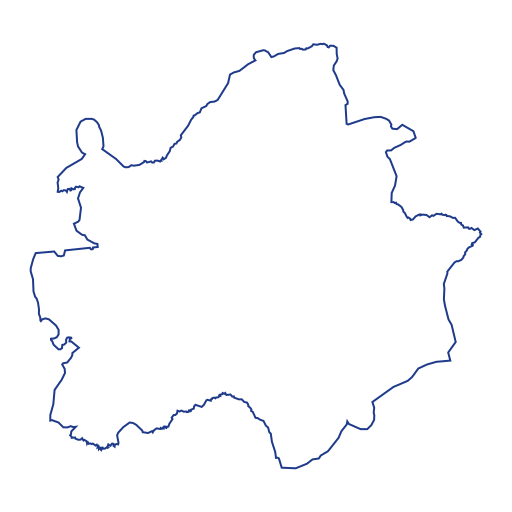 Wa Municipal, Upper West, Ghana (Natural Earth projection)
{"feature_id": "2480657B26357719954092", "entity_name": "Wa Municipal", "entity_type": "district", "adm_level": 2, "iso_a3": "GHA", "parent_name": "Ghana", "parent_adm1": "Upper West", "projection": "natural_earth1", "projection_center": [-2.475, 10.039], "detail": "fine", "context": "isolated", "style": "outline", "palette": "blue", "viewbox_px": 512, "rotation_deg": 0, "n_neighbors": 0, "source": "geoboundaries", "source_scale": "gbopen_adm2", "svg_char_len": 5916}
<svg xmlns="http://www.w3.org/2000/svg" viewBox="0 0 512 512"><path d="M336.6,47.7L333.4,45.8L330.1,45.7L328.8,47.4L327.6,47.0L327.0,45.4L323.9,43.7L322.2,44.2L320.6,43.8L317.1,44.8L313.3,44.3L311.8,46.3L307.6,48.5L306.3,48.3L305.6,49.5L302.6,49.6L301.8,48.8L299.9,48.9L299.3,48.1L294.7,48.5L287.1,51.1L284.0,53.0L278.2,53.9L273.9,56.4L271.4,57.1L268.2,52.3L264.7,50.4L263.4,50.2L256.1,52.2L253.8,54.7L253.7,56.2L253.9,58.3L255.4,60.4L248.3,64.1L239.4,70.9L233.7,72.5L230.0,74.6L228.1,83.1L217.7,99.9L214.8,101.5L210.1,102.1L207.4,104.0L206.3,106.0L201.5,108.3L199.8,112.4L197.5,113.1L194.8,115.3L193.6,115.6L193.3,117.1L191.2,119.6L188.2,125.6L180.8,135.3L181.3,137.4L179.9,139.9L177.2,141.8L176.4,143.5L174.5,143.9L173.1,146.5L170.6,147.8L169.8,151.1L166.8,155.6L166.1,157.7L163.7,159.3L162.7,157.7L161.4,159.7L161.5,160.8L160.5,160.7L160.1,161.5L157.4,160.6L154.9,160.7L153.9,162.5L152.3,162.6L151.1,161.4L147.0,162.5L146.0,161.2L144.4,160.9L143.9,162.2L139.4,164.9L133.8,165.7L131.4,165.2L128.6,167.1L125.8,167.3L123.7,166.6L116.2,159.1L102.2,149.1L103.5,146.4L102.9,137.9L101.1,130.6L99.2,126.9L99.0,125.2L97.0,122.2L94.1,119.6L91.9,118.9L85.6,118.9L80.6,121.6L76.4,130.0L77.1,142.2L78.0,146.4L82.0,152.6L85.1,154.2L81.7,159.0L66.3,167.9L57.7,177.0L58.6,179.6L57.6,182.6L58.3,188.1L57.7,191.8L59.2,192.0L61.2,190.7L62.2,191.3L64.0,190.1L66.0,190.6L66.9,191.9L67.7,189.1L69.5,188.9L70.4,190.5L71.3,190.1L71.5,188.3L73.5,189.3L74.8,189.1L75.1,187.6L76.0,186.7L78.6,187.3L79.5,186.3L83.3,187.9L80.0,192.3L78.0,198.4L81.0,207.7L79.5,220.0L78.2,221.7L73.9,223.7L76.5,230.7L82.1,234.8L84.9,235.3L87.3,239.5L88.5,240.2L94.4,243.4L97.4,243.9L97.7,247.0L93.0,247.5L92.9,248.9L91.8,249.4L90.8,249.2L89.9,247.8L65.1,250.4L63.8,255.5L61.2,256.3L57.8,255.9L54.2,251.5L35.7,253.1L33.2,259.1L30.7,268.3L30.7,271.4L33.0,279.2L33.5,291.4L35.1,296.7L36.6,298.5L38.0,302.6L39.0,309.4L38.9,313.8L40.3,317.7L40.4,320.4L40.9,321.1L42.3,319.3L45.4,318.4L48.9,319.3L56.1,325.6L58.6,329.9L58.6,334.4L56.8,337.2L54.0,338.5L51.0,338.7L51.0,339.9L52.2,341.2L53.6,344.7L58.5,349.3L60.2,349.3L62.0,348.2L62.3,344.9L64.1,344.6L66.2,342.6L66.1,339.7L67.1,337.7L68.8,337.3L71.2,337.7L71.3,338.3L69.8,338.9L69.5,341.4L71.3,341.5L78.9,347.7L72.4,353.0L72.3,355.1L71.1,357.7L67.2,362.5L63.1,363.3L62.2,364.5L64.7,369.0L65.0,373.0L61.6,379.9L54.6,389.9L53.3,404.3L50.3,415.0L50.3,420.6L51.9,420.1L58.5,422.5L63.3,427.3L67.5,427.4L70.6,426.2L73.4,427.1L75.8,426.8L71.3,431.4L71.0,434.2L70.1,435.2L71.7,436.9L71.7,437.8L75.1,437.5L75.5,438.7L78.5,439.8L80.7,439.6L82.1,438.2L83.5,440.5L84.4,439.9L86.6,441.2L87.0,443.1L87.4,442.0L88.1,442.3L88.5,443.8L90.6,443.5L91.7,444.1L92.8,443.6L95.7,445.6L96.7,444.8L96.9,445.4L98.0,445.5L97.6,447.5L98.7,446.9L98.9,449.0L99.7,448.0L101.2,450.1L101.9,449.0L101.4,447.7L102.7,447.6L103.1,448.7L104.7,448.7L106.8,447.3L107.4,447.9L108.3,447.4L107.5,446.5L108.3,444.4L110.4,445.8L111.9,443.7L112.9,443.6L113.6,444.1L113.5,445.7L114.6,446.6L114.8,444.8L116.4,444.0L118.1,444.4L118.5,442.8L117.1,435.2L118.3,432.6L123.3,427.1L129.7,422.5L133.0,423.0L136.2,424.8L142.3,430.6L142.7,432.2L148.1,433.0L152.1,431.1L152.8,432.3L153.9,430.4L156.5,428.4L160.5,429.0L160.8,428.0L162.1,428.7L163.2,427.4L163.8,428.2L164.3,426.5L166.1,426.7L165.8,427.6L166.3,428.0L167.2,426.8L168.4,426.6L169.4,423.7L172.5,419.1L171.7,417.6L173.6,415.1L175.2,415.0L176.9,413.6L177.5,410.7L179.4,411.5L181.5,410.6L183.8,411.7L186.2,411.5L186.8,412.1L188.0,412.0L189.0,410.5L189.9,411.4L190.9,410.9L190.8,409.8L193.8,408.6L194.0,406.6L195.4,404.8L201.7,406.9L203.9,404.8L206.5,400.2L207.4,399.8L210.8,400.7L210.9,399.4L211.8,399.2L212.3,398.1L214.2,397.6L215.3,398.3L216.1,397.5L217.9,397.4L218.6,397.1L219.1,395.6L220.2,395.9L220.0,394.7L222.3,394.2L222.7,393.0L224.3,393.8L225.2,393.0L226.4,395.0L230.4,394.5L232.3,396.6L233.8,396.4L234.1,397.6L238.7,399.3L241.7,399.3L244.2,401.9L247.2,402.7L248.4,405.2L248.2,406.0L250.6,408.2L251.4,409.6L251.1,410.9L252.8,411.9L255.5,417.8L257.6,418.1L260.3,419.8L263.5,420.9L265.9,425.7L268.1,427.5L269.3,432.2L270.8,433.7L271.9,441.7L275.2,451.9L276.0,457.9L277.6,457.7L278.9,458.4L281.7,467.7L295.7,468.3L307.0,463.7L312.5,459.4L318.8,458.5L320.8,455.5L328.0,451.2L338.6,437.8L341.4,431.2L346.7,424.5L347.3,421.4L348.9,424.0L360.5,429.1L367.3,429.1L371.3,425.2L374.1,419.9L374.3,415.2L373.7,412.7L374.2,407.7L372.4,402.0L393.5,386.9L407.8,380.8L412.1,377.0L418.3,368.5L427.0,364.5L436.4,361.8L450.3,360.6L448.2,352.5L455.7,342.0L451.6,324.8L448.5,319.4L445.0,305.7L443.9,299.4L444.4,288.3L443.8,284.0L447.4,273.5L447.3,271.6L454.3,262.7L456.5,261.2L458.1,261.3L461.3,259.9L463.3,257.6L463.6,256.2L465.2,254.3L465.1,252.4L466.9,250.4L467.4,248.8L469.1,247.3L472.7,245.7L472.9,245.0L471.8,244.4L472.2,243.1L474.9,242.3L478.4,237.8L480.1,236.8L480.3,235.0L481.3,234.1L479.9,232.6L480.5,231.6L477.8,228.5L474.4,230.1L471.5,228.0L469.8,228.9L468.8,228.7L468.2,227.4L463.7,227.6L463.0,225.5L461.3,224.6L461.0,222.9L459.7,222.9L457.8,221.6L455.1,217.8L452.9,217.9L449.9,216.3L446.7,216.0L446.4,215.0L445.6,214.7L444.7,215.1L442.2,214.7L441.5,213.7L440.5,214.3L436.5,213.8L433.4,215.9L432.1,215.3L429.5,217.2L426.5,215.0L422.6,214.6L420.4,215.3L420.4,214.4L419.3,214.5L415.6,216.4L412.9,219.5L410.6,220.0L410.3,218.8L408.5,217.5L407.6,217.9L406.4,216.2L405.0,213.2L403.4,211.7L403.1,209.9L401.5,207.0L398.1,204.4L396.6,204.1L396.0,202.7L394.7,203.0L393.7,202.1L391.4,202.1L391.7,193.0L395.0,185.6L396.6,176.2L389.9,159.1L387.5,156.8L385.9,152.1L387.2,150.5L391.1,150.4L394.3,147.8L400.6,145.0L404.8,142.3L406.6,141.5L409.3,141.7L415.0,138.4L415.7,137.8L413.4,131.2L402.3,124.8L397.1,129.1L392.4,128.7L390.9,126.3L391.4,124.6L389.0,120.5L385.9,118.7L380.7,116.9L374.3,117.2L364.7,119.0L348.1,124.5L346.6,123.8L345.5,105.1L347.6,103.8L347.7,101.5L344.2,93.6L343.5,89.9L339.7,84.8L336.0,75.3L333.3,70.1L333.8,65.6L336.7,61.2L337.6,58.5L336.7,53.8L336.6,47.7Z" fill="none" stroke="#1e3a8a" stroke-width="2"/></svg>